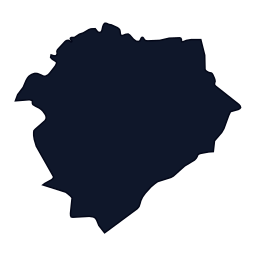 the border of Tiaret
{"feature_id": "DZA-2205", "entity_name": "Tiaret", "entity_type": "Province", "adm_level": 1, "iso_a3": "DZA", "parent_name": "Algeria", "parent_adm1": "", "projection": "albers", "projection_center": [1.387, 34.879], "detail": "fine", "context": "isolated", "style": "filled", "palette": "ink", "viewbox_px": 256, "rotation_deg": 0, "n_neighbors": 0, "source": "natural_earth", "source_scale": "10m", "svg_char_len": 2218}
<svg xmlns="http://www.w3.org/2000/svg" viewBox="0 0 256 256"><path d="M105.8,23.2L107.1,23.6L108.7,24.4L111.4,24.9L117.3,27.6L118.7,28.6L119.6,29.7L120.0,31.0L120.4,34.0L121.1,35.5L122.1,35.6L123.5,35.2L125.5,34.4L128.1,34.0L129.9,35.2L133.4,39.2L136.1,41.2L138.6,41.5L140.0,40.7L141.2,38.1L142.1,37.3L142.9,37.5L143.6,38.3L144.2,39.4L144.8,40.1L146.0,40.7L147.7,40.9L159.7,40.4L169.2,38.2L179.8,37.8L180.9,38.3L181.4,39.5L181.5,40.8L181.9,41.8L182.9,41.8L186.5,40.4L191.3,39.6L200.8,39.6L204.7,55.2L205.0,69.4L205.6,70.4L206.5,71.2L208.4,72.3L209.3,72.6L211.3,73.0L212.0,73.5L212.8,74.7L214.2,77.8L214.8,79.5L215.1,81.3L214.6,83.0L214.5,84.4L214.9,85.4L215.7,86.2L238.9,104.5L240.2,106.1L240.6,107.6L239.8,108.6L238.2,109.5L230.7,111.6L230.4,111.8L228.7,115.4L223.9,128.6L221.7,132.4L214.5,140.8L213.3,151.6L208.7,151.9L200.6,153.4L198.7,154.1L197.8,154.9L197.0,156.8L196.1,158.3L194.5,160.0L184.6,166.0L173.4,176.0L170.9,177.4L157.6,181.6L154.8,183.6L150.9,186.9L145.2,193.2L142.5,197.0L140.8,200.6L140.1,203.2L139.0,206.5L137.3,208.6L104.6,232.8L98.9,225.5L96.7,220.1L95.4,218.1L93.4,216.9L89.3,216.3L72.8,217.2L71.2,216.9L70.6,215.5L70.5,213.3L72.1,197.8L70.2,195.7L65.9,192.2L42.9,184.9L44.9,183.4L51.5,179.8L52.6,178.9L53.2,178.0L53.5,177.2L53.5,176.9L53.5,176.6L36.3,146.2L34.3,139.4L33.7,135.3L33.7,132.5L33.9,130.8L35.2,129.3L45.1,120.6L46.0,118.9L46.2,117.7L45.9,115.7L45.1,114.2L43.0,111.2L41.3,109.5L39.2,108.0L35.6,106.2L33.0,104.6L32.7,104.1L32.5,103.6L32.4,103.3L32.3,100.5L29.4,99.7L15.4,100.8L17.7,94.6L23.2,87.3L26.1,80.5L27.4,78.2L28.8,76.4L30.3,75.3L31.8,74.4L33.4,73.8L34.8,73.4L35.9,73.4L37.6,73.6L41.3,75.1L42.8,75.9L44.3,76.3L45.8,76.1L48.3,74.7L50.2,72.6L55.3,66.0L56.4,63.8L56.6,62.3L55.9,61.5L52.3,59.2L51.2,58.1L50.6,57.3L51.1,54.9L53.2,55.6L54.3,55.8L55.2,55.9L56.0,55.6L56.7,54.9L57.2,53.5L56.9,51.5L57.1,50.6L57.7,49.5L65.1,41.5L66.2,40.7L67.1,40.4L68.3,40.3L69.1,40.6L69.7,40.9L70.3,41.6L70.8,41.9L71.2,41.9L71.8,41.6L71.7,40.7L70.9,39.8L70.3,38.8L70.5,38.0L71.3,37.5L74.4,37.5L79.4,34.2L83.3,32.9L88.9,29.6L91.0,28.9L95.2,28.7L97.7,31.9L98.8,32.3L100.1,32.5L101.2,31.8L101.9,30.5L102.8,26.6L103.5,24.8L104.5,23.4L105.8,23.2Z" fill="#0f172a" stroke="#020617" stroke-width="1.5"/></svg>